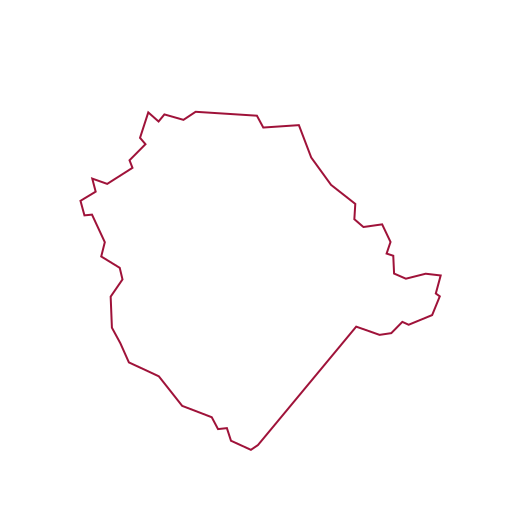 outline of Ritchie, West Virginia, United States of America, rotated 66°
{"feature_id": "52423323B94765650307580", "entity_name": "Ritchie", "entity_type": "district", "adm_level": 2, "iso_a3": "USA", "parent_name": "United States of America", "parent_adm1": "West Virginia", "projection": "natural_earth1", "projection_center": [-81.069, 39.199], "detail": "fine", "context": "isolated", "style": "outline", "palette": "rose", "viewbox_px": 512, "rotation_deg": 66, "n_neighbors": 0, "source": "geoboundaries", "source_scale": "gbopen_adm2", "svg_char_len": 832}
<svg xmlns="http://www.w3.org/2000/svg" viewBox="0 0 512 512"><g transform="rotate(66 256 256)"><path d="M429.5,331.1L361.3,193.2L378.3,175.2L381.5,163.8L375.7,149.1L380.9,144.5L381.6,119.1L367.6,104.5L363.4,107.0L348.9,95.2L341.2,108.2L337.7,128.3L328.2,137.0L311.6,130.5L306.9,135.7L297.9,127.4L278.4,127.9L273.2,146.1L262.4,151.2L248.8,144.1L221.6,158.5L188.5,165.5L153.9,163.6L141.6,197.1L128.2,198.1L99.7,252.5L102.1,266.9L89.4,282.1L93.5,290.3L81.0,296.0L100.9,313.9L108.9,311.5L117.1,332.6L125.2,333.0L129.6,362.6L118.7,374.1L132.0,376.3L134.2,393.9L149.1,396.2L151.5,389.0L181.9,388.5L193.5,397.6L211.4,385.3L223.1,387.5L234.0,405.3L262.9,416.8L280.5,415.4L301.5,415.4L326.4,393.7L362.9,384.4L385.3,362.0L398.7,361.1L401.4,352.6L414.6,354.0L431.0,339.5L429.5,331.1Z" fill="none" stroke="#9f1239" stroke-width="2"/></g></svg>